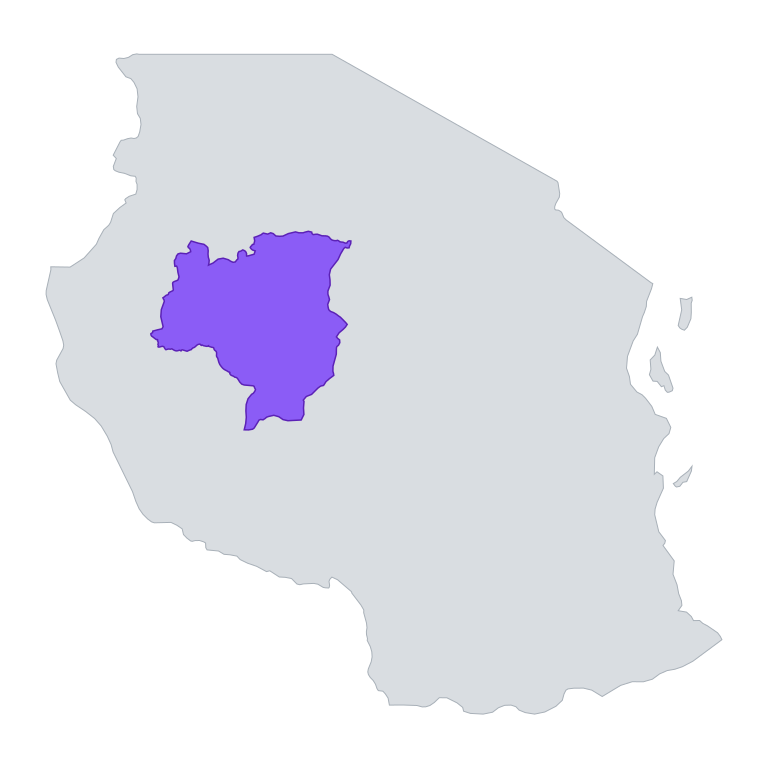 Tabora highlighted on a map of United Republic of Tanzania
{"feature_id": "TZA-3359", "entity_name": "Tabora", "entity_type": "Region", "adm_level": 1, "iso_a3": "TZA", "parent_name": "United Republic of Tanzania", "parent_adm1": "", "projection": "orthographic", "projection_center": [32.512, -5.492], "detail": "fine", "context": "in_parent", "style": "filled", "palette": "violet", "viewbox_px": 768, "rotation_deg": 0, "n_neighbors": 0, "source": "natural_earth", "source_scale": "10m", "svg_char_len": 7576}
<svg xmlns="http://www.w3.org/2000/svg" viewBox="0 0 768 768"><path d="M266.5,571.6L256.6,566.3L247.6,563.2L240.2,559.6L236.9,556.1L230.0,554.8L224.0,554.3L218.5,551.0L207.1,549.9L205.8,547.7L205.6,543.0L203.6,541.8L199.5,540.5L195.0,540.6L192.3,541.3L190.7,541.0L187.0,538.2L183.5,534.6L182.2,528.9L177.0,525.3L171.0,522.4L154.3,522.8L151.6,521.9L147.7,519.0L143.0,514.3L139.2,508.9L135.9,501.5L132.5,491.6L113.1,452.0L111.1,444.5L107.3,436.2L101.2,426.0L94.6,418.5L85.8,411.6L75.7,404.8L70.3,400.2L59.8,381.6L57.7,372.9L56.0,363.8L56.7,360.2L63.1,348.5L63.7,345.2L62.9,340.8L59.7,331.5L55.6,320.2L47.3,299.7L46.1,294.5L46.2,290.6L50.9,269.7L50.8,266.8L70.1,267.1L84.2,257.9L96.4,244.2L98.9,238.5L103.8,229.7L108.7,225.3L110.6,222.3L113.4,213.5L119.8,207.6L126.1,203.0L124.8,199.8L125.7,198.6L129.2,196.3L135.8,194.1L137.1,189.5L137.1,184.4L136.0,181.5L136.2,178.1L135.2,176.3L130.8,175.8L124.4,173.3L118.9,172.2L115.2,170.7L113.8,169.5L113.3,166.4L116.3,158.5L113.2,155.2L120.0,141.9L121.2,140.3L123.6,140.1L127.5,138.7L131.1,138.0L134.0,138.5L136.2,138.0L138.1,136.5L139.7,132.0L141.0,124.5L140.3,118.4L137.5,113.7L136.7,106.5L138.0,96.8L137.1,88.8L134.0,82.4L130.8,78.6L125.9,76.8L118.3,67.1L116.0,62.3L116.4,59.4L119.0,58.1L123.9,58.5L128.4,57.4L132.7,54.7L136.8,53.9L139.0,54.3L332.1,54.3L557.0,181.2L558.0,182.7L559.7,193.6L559.3,197.2L555.8,203.5L554.7,206.7L554.7,209.0L555.5,209.9L558.5,210.2L561.0,211.7L561.9,212.9L563.8,217.6L566.2,220.0L650.9,282.6L652.8,283.6L651.5,288.7L646.6,301.3L646.3,306.5L644.3,312.6L642.5,316.7L637.4,334.3L633.2,340.9L627.5,356.3L626.5,368.2L629.4,376.5L630.5,384.3L636.9,392.0L642.1,394.8L645.6,398.3L651.8,406.4L655.2,414.4L666.4,418.4L670.8,427.4L669.0,433.6L663.7,438.6L658.7,446.8L654.7,457.7L654.3,474.3L657.0,471.8L662.9,475.9L663.4,488.2L657.1,502.3L655.1,509.0L654.7,514.7L658.8,531.8L665.4,540.5L664.8,543.2L663.0,545.5L674.2,560.9L673.0,574.3L677.0,584.7L678.7,593.7L681.4,600.7L681.9,605.4L678.2,610.7L686.5,612.1L691.3,616.5L693.5,620.6L699.6,620.5L702.8,623.4L707.4,625.8L717.6,632.8L720.3,636.4L721.9,639.7L692.9,661.2L682.4,666.7L675.0,669.2L667.1,670.6L659.6,673.9L652.4,679.2L643.3,681.8L632.3,681.7L620.6,685.4L602.2,696.5L591.7,690.1L583.4,688.1L573.8,688.2L568.0,688.9L565.9,690.2L564.0,694.0L562.3,700.3L555.9,706.3L544.8,712.0L534.6,714.1L525.3,712.6L519.1,710.1L515.9,706.7L511.1,705.1L504.7,705.3L498.5,707.7L492.6,712.2L483.2,714.1L470.4,713.4L463.6,711.2L462.7,707.4L457.1,702.9L446.9,697.8L439.3,697.7L434.3,702.5L429.9,705.5L425.8,706.8L422.2,706.9L417.0,705.5L402.8,705.0L389.4,705.1L388.1,698.1L385.3,693.8L382.9,691.2L378.3,690.6L377.0,688.6L375.5,684.2L373.2,680.5L370.2,677.4L368.4,674.5L367.8,671.9L368.3,669.0L371.2,661.8L372.1,656.9L371.8,651.8L370.3,646.6L367.2,640.4L367.5,638.7L366.5,634.5L366.4,631.5L367.0,627.8L366.5,623.0L363.7,612.7L363.8,610.0L360.9,605.0L351.9,593.2L351.5,591.7L337.5,579.7L331.9,577.1L329.8,579.3L329.0,581.4L329.6,585.2L329.3,587.1L328.7,588.0L325.3,587.8L323.2,587.4L317.9,584.2L313.7,583.4L303.4,583.9L299.8,584.7L296.9,584.0L291.5,578.5L285.1,577.3L279.3,577.0L269.8,570.8L266.5,571.6ZM668.5,375.1L673.0,388.2L672.3,390.7L669.0,392.2L667.3,392.3L665.3,390.1L663.9,385.7L661.4,386.7L657.2,381.4L653.0,381.1L649.4,374.7L650.9,369.3L650.2,359.9L654.8,355.1L657.4,347.1L660.3,352.6L660.9,361.2L664.7,371.4L668.5,375.1ZM691.8,297.2L692.2,300.3L691.2,303.2L691.3,312.5L690.9,318.7L687.3,327.2L684.4,330.2L681.9,329.3L679.8,327.9L678.2,325.5L681.7,309.9L680.2,298.4L686.7,299.5L691.8,297.2ZM679.8,486.3L676.5,487.0L675.3,486.2L673.3,483.6L676.8,481.5L680.3,477.3L688.3,471.1L692.0,466.2L691.4,471.0L686.7,481.6L682.9,482.3L679.8,486.3Z" fill="#d9dde1" stroke="#a8b0b8" stroke-width="1"/><path d="M350.9,241.0L350.7,243.7L350.2,244.8L349.6,245.8L349.1,247.8L347.2,248.0L345.2,247.3L343.8,248.5L340.6,253.9L338.0,259.6L330.6,269.1L329.3,274.7L330.0,279.9L330.1,285.2L327.9,291.1L327.9,294.2L328.9,297.2L329.5,299.6L327.7,304.4L328.1,307.0L328.7,309.6L330.5,311.4L333.6,312.6L336.3,314.2L338.3,315.8L340.4,317.2L345.8,322.7L347.2,324.4L345.4,327.1L343.1,329.4L339.1,332.8L336.4,336.9L337.8,338.5L339.6,339.9L339.8,342.7L338.5,345.2L336.9,346.5L336.5,347.6L336.4,348.8L336.3,354.2L333.0,366.2L332.9,371.3L333.5,373.4L333.8,375.4L329.5,378.6L326.0,381.6L323.8,385.1L323.1,385.6L321.6,385.8L320.3,386.3L317.9,388.1L311.6,394.4L307.2,396.1L306.2,396.6L303.3,400.1L304.0,401.5L303.5,408.0L303.9,414.5L301.2,420.0L287.9,420.7L283.0,419.6L278.8,416.7L273.8,415.3L268.5,416.5L266.6,417.2L265.1,418.5L263.1,419.8L260.4,419.5L258.9,420.2L258.1,421.7L254.2,428.0L252.6,429.2L248.5,429.9L244.2,429.8L245.7,423.6L246.3,417.3L245.9,410.9L246.2,404.5L248.0,398.8L251.6,394.3L253.3,393.3L254.5,391.7L255.1,390.6L255.5,389.4L255.0,388.5L254.5,387.7L254.2,386.4L253.1,385.8L244.2,385.0L241.7,384.1L239.8,382.1L237.6,378.6L236.7,377.7L236.1,377.4L234.8,377.2L233.6,376.3L231.4,375.4L230.8,375.0L230.5,374.6L229.8,373.7L229.8,373.4L229.9,372.7L229.8,372.4L229.5,372.1L228.7,372.0L228.3,371.8L227.5,371.2L224.3,369.5L222.8,368.3L221.3,366.6L219.8,364.5L218.8,362.2L217.7,358.1L216.9,357.0L216.5,356.0L216.6,352.9L216.3,351.7L215.9,351.2L214.7,350.2L214.2,349.6L214.0,349.0L213.8,348.3L213.6,347.7L213.2,347.5L211.9,347.3L208.4,346.2L208.4,345.8L207.4,346.3L206.4,346.3L203.5,345.7L202.1,345.0L201.8,345.0L201.6,345.2L201.4,345.4L201.0,345.2L200.4,344.5L200.1,344.2L199.7,344.1L197.9,344.5L196.6,345.4L195.4,346.6L194.1,347.5L192.8,348.0L192.4,348.4L191.7,349.0L191.4,349.4L191.3,349.6L190.5,349.8L188.2,350.7L187.6,351.1L186.9,351.2L182.3,349.8L181.7,350.0L181.0,350.9L180.1,350.3L179.1,350.3L177.9,350.7L176.7,350.9L175.3,350.7L174.1,350.2L171.8,348.8L170.7,349.2L168.2,349.0L167.0,349.4L165.9,349.7L165.0,348.8L163.8,346.7L162.6,346.3L161.4,346.5L160.1,346.9L159.0,347.1L158.2,347.0L158.0,346.5L158.3,345.7L158.3,345.3L158.0,344.7L157.9,344.4L158.3,343.0L158.1,342.0L157.9,341.4L157.5,340.8L157.7,340.4L157.7,340.0L157.5,339.6L157.2,339.5L156.4,339.5L156.0,339.4L152.0,336.3L151.7,336.2L151.0,335.0L150.9,334.3L150.9,333.6L152.6,332.6L152.8,331.1L157.6,329.8L162.0,328.8L163.1,326.6L160.8,316.8L161.3,309.7L164.3,301.4L164.0,299.8L163.3,298.8L162.9,297.8L163.3,297.6L166.3,295.2L167.7,294.8L168.2,294.5L168.4,294.1L168.7,293.1L168.9,292.7L170.0,292.0L172.8,290.7L173.3,289.9L172.6,283.5L172.9,282.4L174.1,281.6L177.5,280.3L178.1,279.7L179.0,276.9L177.9,272.2L177.3,267.6L176.6,266.1L174.9,266.3L174.5,263.5L174.4,260.6L175.8,258.5L176.5,255.9L178.0,253.9L180.5,253.2L186.5,253.8L190.7,251.7L190.4,250.0L189.6,248.4L188.4,247.7L187.9,246.5L188.8,244.7L191.2,241.0L198.4,243.2L203.9,244.3L205.9,245.8L207.7,247.5L208.2,250.7L208.0,254.0L208.3,257.2L209.2,260.2L209.0,262.8L208.5,265.1L213.1,263.0L218.1,259.1L223.2,258.2L228.3,259.7L230.6,261.2L233.1,262.3L235.3,261.9L236.8,259.9L237.8,259.1L238.0,257.8L237.6,255.5L238.0,253.1L239.0,251.5L240.6,251.2L242.8,249.9L244.8,250.8L246.0,252.1L246.6,253.8L246.5,255.0L246.6,256.0L248.1,255.9L254.1,254.2L255.2,250.9L252.5,250.0L251.2,248.9L250.2,247.6L250.6,246.6L251.7,245.6L252.4,244.5L253.8,244.3L254.7,240.9L254.1,237.4L257.4,236.3L261.4,234.6L262.3,233.7L263.3,233.1L267.7,234.1L270.7,232.8L273.2,233.6L275.9,236.0L279.6,236.3L282.9,236.1L288.3,233.6L295.5,231.9L298.9,232.8L303.1,232.8L304.8,232.2L308.3,231.3L311.7,232.1L312.0,233.6L313.2,234.6L315.3,234.3L317.4,234.2L322.0,235.8L325.7,235.9L327.6,236.2L329.2,237.2L330.5,238.9L332.2,240.1L334.2,240.6L336.1,240.7L337.5,240.3L338.7,240.8L339.7,241.7L340.9,242.0L343.1,242.2L345.2,243.1L346.9,243.0L347.7,241.5L349.1,240.8L350.9,241.0Z" fill="#8b5cf6" stroke="#5b21b6" stroke-width="1.5"/></svg>